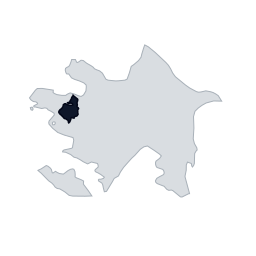 Shamkir District, Şəmkir, Azerbaijan shown in context, rotated 347°
{"feature_id": "54616110B57585842497805", "entity_name": "Shamkir District", "entity_type": "district", "adm_level": 2, "iso_a3": "AZE", "parent_name": "Azerbaijan", "parent_adm1": "Şəmkir", "projection": "mercator", "projection_center": [46.075, 40.851], "detail": "fine", "context": "in_parent", "style": "filled", "palette": "ink", "viewbox_px": 256, "rotation_deg": 347, "n_neighbors": 0, "source": "geoboundaries", "source_scale": "gbopen_adm2", "svg_char_len": 4630}
<svg xmlns="http://www.w3.org/2000/svg" viewBox="0 0 256 256"><g transform="rotate(347 128 128)"><path d="M173.2,205.8L172.2,205.7L165.1,207.4L163.6,206.9L157.6,199.1L156.3,198.2L153.7,197.9L152.1,196.6L150.9,194.5L150.2,193.0L143.9,188.7L142.9,187.2L142.8,185.8L143.7,184.6L144.8,183.5L147.9,182.5L151.5,181.6L152.6,180.9L153.2,179.8L153.2,178.0L152.6,176.2L147.4,173.0L146.8,171.6L146.7,169.8L147.0,168.0L147.8,166.6L152.0,164.7L154.2,162.7L152.8,160.5L148.3,155.5L142.9,149.9L139.3,149.9L135.2,151.5L128.5,156.2L124.8,158.3L120.1,161.6L114.8,165.4L110.6,169.3L107.9,172.6L103.2,174.0L100.8,176.7L92.8,184.9L90.6,184.8L90.5,180.8L90.6,177.5L90.1,175.7L87.5,173.1L87.4,172.0L88.1,171.4L90.1,171.8L92.7,171.6L93.9,170.6L91.1,167.3L88.7,165.0L86.7,163.5L86.2,162.6L86.2,161.9L86.7,161.2L90.2,159.3L90.5,157.6L90.3,155.7L84.7,152.9L80.6,153.9L76.8,150.8L74.4,148.3L71.5,145.7L68.8,144.3L66.2,141.0L61.8,137.6L58.9,136.6L59.0,136.1L59.5,135.5L60.7,135.0L68.6,135.1L69.6,134.5L70.1,133.0L71.1,130.8L72.4,127.7L72.3,125.0L64.4,120.6L58.6,116.6L54.6,111.4L51.9,106.5L52.0,104.9L52.7,103.4L58.9,98.9L59.3,97.7L59.2,96.9L57.0,94.6L54.2,92.3L53.4,90.6L51.6,89.7L48.3,89.6L42.5,86.7L41.2,86.4L41.0,85.8L41.2,85.2L45.4,84.1L45.3,83.1L44.1,81.8L41.7,80.9L39.6,78.6L38.8,76.5L46.3,70.3L48.5,69.1L53.5,70.2L63.7,74.3L63.0,76.6L64.0,77.8L66.3,79.5L70.8,81.3L74.6,82.2L76.5,81.4L79.5,80.8L83.3,82.8L86.8,85.3L88.5,86.3L89.5,86.7L92.1,85.8L95.3,82.5L96.6,78.6L96.9,76.7L95.0,74.0L91.2,71.2L86.9,68.6L84.2,66.4L82.4,62.0L80.6,61.6L80.2,61.0L79.9,59.5L79.9,57.4L80.6,55.8L82.3,55.1L84.1,54.8L85.6,53.3L87.6,50.3L88.5,48.6L92.2,49.5L92.7,52.3L93.4,52.8L94.9,52.5L97.5,51.4L99.6,52.2L102.2,55.5L105.9,58.9L107.9,61.1L108.6,62.7L110.5,64.2L113.2,66.0L115.4,68.8L117.4,75.4L119.3,76.9L126.4,79.3L128.9,79.8L135.8,80.7L138.2,80.1L141.8,74.5L145.0,68.7L148.0,67.5L153.4,64.7L156.6,62.0L158.0,59.2L161.1,53.8L163.0,50.8L166.1,53.5L171.7,60.8L179.6,72.6L181.5,76.0L182.8,79.8L183.9,84.5L185.7,88.7L193.7,99.1L197.1,102.9L202.8,107.9L204.8,109.0L207.4,109.3L212.2,109.3L216.7,111.3L218.9,112.6L221.2,114.6L223.2,116.8L225.3,122.9L217.5,120.9L209.7,121.2L205.3,122.5L201.0,124.3L197.0,126.8L194.4,131.6L192.2,142.9L189.1,153.3L189.2,158.1L190.6,162.8L190.4,165.0L189.0,165.9L187.2,167.9L184.7,177.4L183.5,179.3L182.0,180.5L181.6,179.3L181.7,176.8L178.3,174.6L176.5,177.1L175.2,182.3L172.7,187.8L172.6,188.9L173.2,205.8ZM58.0,107.5L58.3,106.0L57.3,105.3L56.3,105.3L55.4,106.0L55.4,107.9L56.7,108.3L58.0,107.5ZM32.4,151.4L31.3,149.9L30.7,149.0L34.2,148.3L39.9,146.2L41.4,147.2L43.1,149.3L44.0,151.1L44.1,154.5L44.8,155.0L47.6,153.9L48.8,155.2L50.9,156.9L54.7,158.4L60.0,156.0L62.7,155.3L64.9,155.4L66.0,156.1L66.5,158.7L66.0,161.9L65.4,163.7L66.5,164.9L70.9,168.0L72.8,169.7L71.9,172.7L75.1,179.9L76.2,182.7L77.5,186.1L70.8,184.8L58.8,181.9L55.5,180.4L52.3,176.3L50.4,174.4L47.7,171.9L45.4,171.0L43.7,169.2L42.7,166.7L41.3,164.4L38.8,161.6L33.2,152.4L32.4,151.4ZM39.6,88.6L38.9,89.2L37.7,88.6L37.4,87.5L37.4,86.2L38.6,86.0L39.5,86.3L39.8,87.4L39.6,88.6Z" fill="#d9dde1" stroke="#a8b0b8" stroke-width="1"/><path d="M81.9,83.8L81.7,84.2L81.1,84.7L80.6,85.0L80.1,85.6L79.6,86.2L79.4,86.8L78.9,87.4L77.9,88.2L77.5,88.8L77.2,89.3L77.0,89.6L76.1,89.7L75.5,89.7L74.8,89.7L74.8,89.9L74.9,90.2L75.5,90.6L76.4,90.8L77.2,90.8L77.9,90.9L78.6,91.2L79.3,91.7L79.4,92.1L79.4,92.8L79.3,93.2L78.1,93.2L77.3,93.0L76.5,92.8L75.9,92.6L75.4,92.4L74.9,92.0L74.3,91.8L73.8,91.5L73.5,91.2L73.2,90.9L73.1,90.6L72.9,90.4L72.3,90.2L71.3,90.2L70.8,90.6L70.2,90.8L70.0,91.2L69.9,91.6L69.7,92.2L69.3,92.7L68.8,93.1L68.2,93.7L67.5,94.2L66.0,94.8L65.0,95.6L64.6,96.0L64.2,96.7L64.1,97.4L64.1,97.7L64.7,98.2L64.7,98.9L64.8,99.1L65.0,99.4L65.5,100.0L65.9,100.6L66.2,101.0L66.4,101.4L66.7,102.0L67.2,102.6L67.4,103.1L67.7,103.7L68.0,104.3L68.2,104.5L68.9,104.8L69.5,105.1L70.1,105.8L70.4,106.2L71.1,106.8L71.3,107.3L71.3,107.7L71.3,108.2L71.2,109.0L71.4,109.7L71.7,109.6L72.4,109.1L72.8,108.8L73.1,108.3L73.5,107.8L73.8,107.3L74.2,106.7L74.4,106.2L74.6,105.8L74.8,105.4L75.0,105.1L75.8,105.1L76.1,105.6L76.7,105.8L77.2,106.1L77.7,106.2L77.8,106.2L78.0,105.5L78.3,105.1L78.9,104.9L79.5,104.9L80.2,104.8L80.7,104.8L81.2,104.6L81.6,104.3L82.0,103.8L82.5,103.3L82.5,102.9L82.4,102.3L82.4,102.0L82.7,101.1L82.8,100.3L83.0,99.4L83.2,98.9L83.9,98.3L84.2,98.1L84.0,97.0L83.7,96.7L83.5,96.4L83.2,95.9L83.2,95.5L83.3,95.0L83.6,94.6L83.8,94.3L83.9,93.8L83.9,93.3L83.9,92.4L84.0,91.9L84.3,91.4L84.5,91.0L84.8,90.6L85.1,89.9L85.4,89.4L85.4,88.9L85.4,88.5L84.9,87.8L84.4,87.2L83.9,86.6L83.5,86.0L83.1,85.6L82.7,85.1L82.4,84.7L82.2,84.3L81.9,83.8Z" fill="#0f172a" stroke="#020617" stroke-width="1.5"/></g></svg>